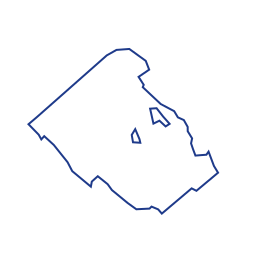 the district of Rockbridge, Virginia, United States of America, rotated 283°
{"feature_id": "52423323B40914332178112", "entity_name": "Rockbridge", "entity_type": "district", "adm_level": 2, "iso_a3": "USA", "parent_name": "United States of America", "parent_adm1": "Virginia", "projection": "natural_earth1", "projection_center": [-79.449, 37.809], "detail": "fine", "context": "isolated", "style": "outline", "palette": "blue", "viewbox_px": 256, "rotation_deg": 283, "n_neighbors": 0, "source": "geoboundaries", "source_scale": "gbopen_adm2", "svg_char_len": 836}
<svg xmlns="http://www.w3.org/2000/svg" viewBox="0 0 256 256"><g transform="rotate(283 128 128)"><path d="M62.5,105.0L67.7,104.8L74.2,109.4L68.7,120.8L63.9,126.3L54.9,144.4L50.7,154.4L54.3,167.1L56.7,168.6L55.5,175.7L52.2,180.2L83.5,203.6L82.2,208.8L104.7,225.8L110.3,220.3L123.1,211.8L119.6,210.4L116.3,199.9L122.2,196.0L127.2,192.9L132.3,192.8L138.3,186.9L142.5,185.9L148.3,180.6L149.6,174.2L154.8,169.2L158.7,154.5L171.1,133.2L173.6,133.6L180.2,126.8L189.6,135.5L197.4,130.2L205.3,111.5L201.5,99.2L194.0,91.0L117.9,36.6L109.3,30.2L101.4,42.5L97.4,46.1L101.2,48.2L94.8,59.5L81.1,76.8L73.4,83.4L62.5,105.0ZM138.0,151.8L151.8,145.2L153.7,151.4L147.0,159.7L141.4,167.6L138.0,164.3L142.2,157.0L138.0,151.8ZM115.2,136.1L122.1,133.2L128.5,135.3L119.7,141.7L116.4,143.3L115.2,136.1Z" fill="none" stroke="#1e3a8a" stroke-width="2"/></g></svg>